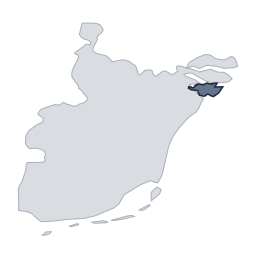 Schouwen-Duiveland, Zeeland, Netherlands (highlighted), rotated 179°
{"feature_id": "6326949B19243153872397", "entity_name": "Schouwen-Duiveland", "entity_type": "district", "adm_level": 2, "iso_a3": "NLD", "parent_name": "Netherlands", "parent_adm1": "Zeeland", "projection": "robinson", "projection_center": [3.94, 51.688], "detail": "fine", "context": "in_parent", "style": "filled", "palette": "slate", "viewbox_px": 256, "rotation_deg": 179, "n_neighbors": 0, "source": "geoboundaries", "source_scale": "gbopen_adm2", "svg_char_len": 4726}
<svg xmlns="http://www.w3.org/2000/svg" viewBox="0 0 256 256"><g transform="rotate(179 128 128)"><path d="M172.0,233.7L166.0,233.6L160.4,233.4L157.5,233.0L154.4,231.9L152.9,229.6L151.1,226.9L151.6,225.2L156.7,220.3L157.5,219.0L157.0,218.3L157.5,216.2L161.4,209.0L161.9,206.1L160.1,204.1L157.5,202.9L149.1,200.8L145.0,197.8L143.2,195.1L141.3,194.4L138.6,195.3L131.6,196.3L126.0,194.8L119.3,189.9L117.7,185.4L116.9,182.0L115.2,180.9L113.0,182.6L110.1,185.4L104.5,185.7L103.0,185.1L102.7,183.5L102.3,182.1L100.8,180.3L99.1,179.2L92.1,184.3L89.4,184.3L86.1,182.4L84.4,180.4L80.8,181.5L77.5,183.9L78.7,188.4L76.9,189.2L72.9,188.8L68.3,186.9L63.2,185.8L55.5,182.8L44.7,185.3L37.2,182.3L31.0,182.0L27.1,179.6L23.0,175.6L25.9,173.0L28.8,172.0L40.2,171.5L48.5,173.1L63.3,181.8L67.1,181.8L71.1,180.7L69.0,178.3L65.3,177.2L59.8,174.8L55.4,171.5L65.7,170.5L64.3,168.8L62.9,165.9L52.0,155.8L53.9,153.0L56.6,147.1L60.0,142.3L62.7,140.9L67.2,137.5L76.9,127.3L83.0,119.1L87.6,109.3L94.2,82.3L96.1,77.7L99.4,72.6L103.4,73.6L106.2,75.0L116.2,71.2L133.2,61.2L138.2,52.5L143.1,48.5L162.6,40.7L173.5,38.4L190.2,37.7L202.2,36.4L216.7,35.8L222.3,40.7L225.6,44.2L230.8,46.2L238.8,47.5L238.5,54.5L238.8,68.3L238.2,70.8L234.8,76.6L231.1,87.1L230.2,93.9L229.1,95.2L213.8,95.2L211.7,96.4L211.4,97.9L212.2,99.6L211.9,101.4L210.7,102.8L211.4,105.1L214.1,107.7L218.9,109.3L224.1,109.4L226.8,109.2L228.8,111.0L230.7,113.9L230.7,117.4L230.0,122.3L227.6,126.7L220.6,131.8L217.5,133.6L214.5,134.6L213.1,135.9L212.5,137.6L212.7,139.2L217.8,143.3L217.7,144.2L216.3,146.4L214.4,148.4L201.4,152.6L196.0,152.2L193.0,154.3L192.0,154.7L188.6,152.8L181.0,150.6L178.1,151.4L176.5,152.6L171.8,154.0L168.4,156.3L168.4,159.3L174.6,167.0L176.7,168.5L176.9,171.3L179.8,174.9L182.9,179.4L183.3,182.3L183.0,185.2L181.5,189.3L176.3,198.9L176.3,200.7L176.7,202.1L178.6,202.5L179.9,203.2L179.6,204.5L169.8,211.2L168.5,212.4L164.4,212.0L163.7,213.1L164.3,214.9L166.0,216.5L169.5,217.3L172.5,219.0L175.0,222.4L172.0,233.7ZM68.3,186.9L67.4,189.7L65.2,192.8L57.4,197.2L49.4,200.1L45.2,199.7L42.4,198.2L40.8,196.6L36.5,195.1L30.6,194.3L26.9,196.0L24.3,197.5L22.0,197.3L20.2,196.0L18.9,193.9L17.2,187.6L21.6,186.4L31.2,186.0L38.6,188.2L48.3,189.3L55.7,186.2L61.6,188.8L68.3,186.9ZM52.1,161.0L57.8,165.0L59.0,166.3L59.5,167.6L52.2,169.2L44.6,164.3L39.5,165.5L37.6,163.2L37.5,161.7L42.8,160.5L52.1,161.0ZM106.1,63.1L100.4,68.3L96.9,66.8L95.9,65.6L97.6,61.6L106.0,54.8L106.1,63.1ZM131.2,39.9L125.8,40.5L123.4,39.5L136.3,36.6L144.4,35.7L145.9,36.1L131.2,39.9ZM165.8,34.5L154.5,35.7L150.6,34.8L150.0,34.0L153.1,33.5L162.7,33.4L165.7,34.1L165.8,34.5ZM118.7,45.6L108.2,51.0L107.2,50.2L114.1,45.5L118.7,45.6ZM211.9,25.5L206.5,25.7L208.0,23.8L212.9,22.3L215.6,22.3L211.9,25.5ZM188.9,30.7L180.9,33.2L179.0,32.7L179.4,32.0L186.5,30.4L188.9,30.7Z" fill="#d9dde1" stroke="#a8b0b8" stroke-width="1"/><path d="M66.9,166.8L66.4,166.5L63.9,165.0L62.2,164.9L61.5,164.8L60.8,164.6L60.1,164.5L59.4,164.4L58.6,164.4L57.9,164.3L57.4,163.7L57.2,163.1L57.2,162.4L57.1,161.7L56.6,161.1L56.2,160.7L55.9,159.5L53.6,159.2L52.7,158.6L51.6,158.5L50.5,158.7L49.6,159.1L49.0,159.7L48.5,160.3L47.9,160.4L46.2,160.0L45.0,159.0L41.9,157.9L39.1,159.9L36.8,161.4L34.9,164.1L33.5,166.1L32.5,167.5L40.5,167.5L39.2,169.6L38.1,171.3L38.3,171.3L38.6,171.4L38.9,171.4L39.0,171.4L39.3,171.4L39.5,171.4L39.9,171.4L40.0,171.4L40.3,171.3L40.5,171.2L40.8,171.2L41.0,171.2L41.3,171.2L41.5,171.2L41.8,171.1L42.0,171.1L42.3,171.1L42.6,171.0L42.8,171.0L43.0,170.9L43.3,170.8L43.5,170.8L43.5,170.7L43.6,170.8L43.8,170.7L44.0,170.7L44.3,170.7L44.5,170.7L44.8,170.7L45.0,170.7L45.3,170.7L45.5,170.7L45.8,170.8L46.0,170.8L46.3,170.8L46.5,170.9L46.5,171.0L46.8,171.1L47.0,171.2L47.2,171.3L47.3,171.3L47.5,171.4L47.6,171.5L47.8,171.5L48.0,171.6L52.1,170.1L52.1,169.8L52.3,169.9L52.4,170.0L52.5,170.1L52.8,170.2L53.1,170.2L53.2,170.3L53.4,170.3L53.6,170.3L53.8,170.3L53.9,170.2L54.0,170.2L54.1,170.3L54.3,170.3L54.5,170.4L54.6,170.5L54.8,170.5L55.0,170.6L55.3,170.6L55.7,170.7L55.8,170.7L56.0,170.7L56.3,170.8L56.4,170.7L56.7,170.6L56.8,170.5L57.0,170.5L57.1,170.4L57.3,170.3L57.4,170.2L57.6,170.1L57.8,170.0L57.9,169.9L58.2,169.7L58.3,170.3L58.5,170.2L58.8,170.1L59.0,170.1L59.2,169.9L59.3,169.9L59.4,169.7L59.6,169.6L59.8,169.5L59.9,169.4L60.0,169.4L60.1,169.2L60.3,169.1L60.2,169.0L59.9,169.1L60.0,169.0L60.0,168.9L60.2,168.7L60.3,168.6L60.5,168.4L60.6,168.2L60.8,168.1L61.0,168.0L61.0,167.9L61.2,167.7L61.3,167.7L61.5,167.5L61.6,167.4L61.8,167.3L61.8,167.2L62.1,167.1L62.3,167.0L62.5,167.0L62.8,167.1L63.0,167.2L63.2,167.3L63.3,167.3L63.9,167.5L64.2,167.6L64.4,167.6L64.5,167.7L64.8,167.8L65.0,167.9L65.3,168.0L65.6,168.1L65.9,168.3L66.1,168.4L66.3,168.4L66.5,168.3L66.9,166.8Z" fill="#64748b" stroke="#1e293b" stroke-width="1.5"/></g></svg>